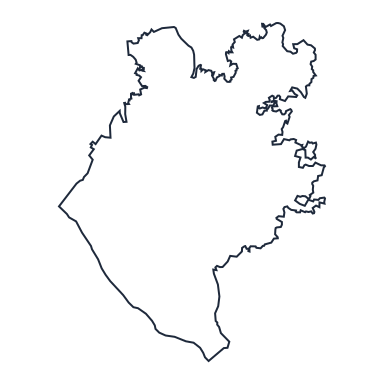 Nawabganj, Rajshahi, Bangladesh
{"feature_id": "16705992B76725860359822", "entity_name": "Nawabganj", "entity_type": "district", "adm_level": 2, "iso_a3": "BGD", "parent_name": "Bangladesh", "parent_adm1": "Rajshahi", "projection": "robinson", "projection_center": [88.409, 24.691], "detail": "fine", "context": "isolated", "style": "outline", "palette": "slate", "viewbox_px": 384, "rotation_deg": 0, "n_neighbors": 0, "source": "geoboundaries", "source_scale": "gbopen_adm2", "svg_char_len": 5873}
<svg xmlns="http://www.w3.org/2000/svg" viewBox="0 0 384 384"><path d="M263.3,23.9L262.1,23.8L262.4,26.6L265.3,27.1L264.5,28.3L266.1,30.0L266.8,32.4L266.0,34.6L263.2,38.0L262.2,38.2L261.3,37.3L260.4,38.0L259.7,36.8L259.2,39.4L257.2,39.8L253.2,36.7L250.6,37.7L250.0,35.4L248.3,36.0L247.4,35.3L248.3,34.0L246.8,33.6L247.8,30.9L245.8,31.6L244.0,30.8L243.7,31.7L244.9,33.2L242.7,35.2L241.9,37.7L239.3,36.0L234.0,39.3L234.8,42.0L232.6,44.5L233.1,47.4L231.5,46.7L231.1,47.3L231.4,50.7L232.3,52.3L230.5,52.3L228.9,51.2L228.6,53.2L227.0,52.1L226.1,52.3L225.9,54.1L227.8,61.0L229.9,60.4L231.2,61.4L230.3,65.4L232.8,63.8L236.2,63.9L237.7,68.3L236.6,68.9L236.5,70.5L235.5,70.8L235.7,72.8L233.5,76.9L231.1,77.5L231.6,79.5L230.2,80.6L230.4,81.6L229.5,81.9L227.2,81.8L224.3,78.7L224.6,76.4L223.9,73.8L222.2,73.9L221.8,75.5L219.4,74.9L219.5,76.1L216.9,77.4L215.5,80.7L214.7,81.0L213.7,80.0L213.9,78.9L212.0,75.5L212.2,74.4L213.3,74.7L214.1,72.3L212.0,72.8L211.3,70.8L208.5,70.1L205.4,72.0L205.7,70.3L203.1,69.3L201.4,71.0L201.2,68.7L200.2,68.7L201.0,65.2L200.4,64.9L198.6,65.8L196.6,69.0L195.7,76.9L193.9,77.9L191.4,77.1L193.3,73.5L194.5,68.1L194.1,54.7L193.2,50.8L191.4,47.5L188.5,45.7L181.2,38.6L178.4,34.6L175.7,28.0L174.0,27.0L162.0,28.2L153.9,31.9L151.5,29.5L150.2,32.2L147.2,35.2L146.2,34.7L146.9,33.7L144.4,32.7L142.7,35.1L141.7,35.2L141.5,38.2L138.2,38.2L138.9,40.3L137.7,43.0L133.5,43.6L131.6,42.2L131.4,41.1L127.4,41.4L128.6,55.0L130.5,54.9L133.2,56.8L135.7,59.7L136.6,62.6L135.8,63.8L140.1,65.3L140.0,67.9L141.8,66.4L142.7,67.8L143.8,67.9L143.8,69.3L143.0,70.2L143.6,70.9L142.3,70.7L142.0,69.8L139.4,70.4L137.8,68.3L135.1,73.2L136.6,73.7L136.6,74.9L139.1,75.5L141.0,77.2L138.6,80.8L142.1,86.1L145.3,85.9L147.2,87.1L146.9,88.1L144.4,87.7L140.2,89.5L141.1,94.4L139.2,95.3L138.7,94.3L134.2,94.8L133.9,92.3L133.9,94.4L132.1,94.3L132.1,93.2L131.0,93.7L131.0,98.3L132.2,98.3L129.1,99.4L129.4,100.2L128.9,100.2L128.2,102.9L128.9,104.0L125.6,104.2L125.1,102.8L124.2,103.0L125.3,106.7L125.2,114.1L126.5,121.8L123.5,122.0L119.8,113.2L119.7,110.9L113.8,116.5L109.9,125.4L110.5,137.7L105.2,137.2L101.5,135.6L95.6,144.1L92.7,141.7L90.5,144.0L92.0,144.9L90.8,147.4L93.8,149.2L89.2,155.4L92.7,159.7L87.6,173.3L84.0,177.0L82.8,179.9L80.1,180.7L76.5,183.6L59.0,206.4L66.9,214.0L69.1,217.4L76.1,221.4L82.0,232.6L91.0,246.0L92.0,249.3L98.1,259.3L101.7,268.4L105.6,274.8L110.2,281.1L123.2,295.1L128.7,302.6L133.4,307.2L138.0,308.2L146.0,313.8L152.1,320.9L154.8,325.4L155.5,328.9L159.2,332.6L165.6,335.5L174.6,336.8L185.9,341.3L193.6,342.7L200.1,347.8L203.2,352.8L205.0,357.3L208.6,361.0L223.8,348.1L227.5,347.8L229.3,341.7L220.9,333.1L219.1,327.0L217.2,324.6L217.3,322.5L215.7,321.0L215.1,313.3L218.2,306.2L219.4,296.5L217.9,284.5L213.9,273.7L213.3,269.6L216.4,270.1L215.4,267.4L217.0,265.9L220.0,267.1L222.6,267.0L227.7,261.5L230.2,255.9L236.7,256.7L241.9,251.5L242.1,247.9L244.4,246.3L245.3,246.1L246.6,248.8L248.7,248.7L248.4,251.1L249.5,251.5L249.4,248.0L250.6,246.3L255.6,246.4L256.4,247.8L260.6,248.3L262.8,245.9L264.1,245.8L264.8,244.4L271.3,242.6L273.9,238.6L277.8,238.3L277.7,237.2L275.1,234.3L275.4,229.4L275.7,228.0L276.9,227.4L280.8,227.0L281.9,224.7L281.9,222.0L276.7,218.9L276.4,217.9L278.6,216.2L283.8,216.7L284.4,212.4L283.4,208.9L284.5,207.1L287.3,206.4L288.3,207.9L291.3,209.9L296.0,210.5L295.7,211.6L296.7,212.3L300.1,212.3L300.7,210.3L305.1,212.2L306.0,211.4L308.5,212.0L311.2,211.4L312.7,213.5L314.0,213.2L314.4,211.9L312.7,208.0L316.0,205.6L319.4,207.2L319.5,202.4L324.5,203.6L324.2,202.1L325.0,198.4L324.3,197.6L319.9,198.2L318.4,199.9L314.1,199.5L313.2,201.4L308.3,199.7L304.8,205.8L299.8,203.9L295.1,200.4L297.5,195.9L300.3,196.8L302.5,196.0L305.4,196.3L308.2,198.6L309.6,198.1L310.5,195.9L309.8,195.0L313.3,192.6L312.8,189.7L313.2,185.8L312.2,183.9L312.3,182.6L313.9,181.3L317.5,180.4L318.1,176.0L321.7,175.2L323.8,167.5L325.0,166.2L324.5,165.4L321.0,165.3L315.4,162.6L312.9,166.0L309.0,166.0L305.7,164.6L304.4,165.2L302.9,167.8L298.9,167.0L298.9,162.4L300.5,157.5L295.1,156.0L296.7,150.6L302.5,149.0L305.3,150.1L305.6,157.6L307.9,157.6L310.9,159.5L313.8,156.9L316.0,158.7L315.0,156.4L315.1,154.9L313.2,152.0L315.5,148.8L316.4,144.6L315.9,142.6L312.7,143.5L311.8,142.4L309.8,142.8L308.1,141.6L306.0,146.6L304.1,148.1L301.7,146.5L302.2,145.0L301.2,145.2L295.4,142.5L296.1,140.0L293.7,139.0L290.5,139.4L289.4,140.3L284.0,139.1L281.0,144.1L272.7,144.7L272.4,141.6L276.0,140.8L275.3,136.8L278.5,134.6L282.2,134.9L282.5,131.9L281.7,129.1L283.1,127.2L285.2,121.0L286.0,120.7L286.6,123.1L287.4,123.6L289.6,116.9L288.9,115.1L291.8,111.4L291.2,109.8L290.3,109.1L286.0,111.1L285.6,113.1L284.1,114.4L282.3,114.3L280.6,111.5L280.8,110.7L279.5,109.7L276.2,111.5L273.2,111.0L272.3,110.3L272.7,109.1L271.9,107.7L272.8,106.4L277.3,106.2L276.4,103.4L276.6,101.2L274.1,100.8L271.7,101.4L271.7,102.0L274.2,101.4L275.2,102.0L273.1,105.6L269.9,105.5L267.9,108.8L266.7,109.3L266.8,110.6L264.4,110.7L262.4,114.4L259.8,114.9L256.9,112.7L257.8,106.4L258.9,106.1L258.7,107.9L259.8,108.5L262.6,107.5L264.8,108.2L266.3,107.3L267.2,105.1L263.9,103.0L265.8,101.9L269.4,101.7L269.7,99.9L268.9,97.8L272.2,95.7L273.7,96.4L273.9,98.7L276.2,97.8L277.6,95.7L279.1,95.6L280.2,96.9L279.9,99.2L285.0,101.0L288.2,96.4L296.2,97.0L297.2,95.4L294.7,93.9L292.3,90.5L290.2,90.9L292.2,87.4L297.3,88.6L300.9,92.2L303.9,97.0L305.3,97.8L306.8,93.7L305.9,86.5L307.4,85.3L309.3,85.3L309.4,84.0L311.4,82.0L311.5,79.1L313.3,77.9L313.6,75.9L315.8,75.5L313.2,72.0L313.2,70.3L311.8,69.1L312.2,66.6L310.6,64.1L311.2,61.6L313.7,61.0L315.6,59.5L315.6,54.8L313.8,52.5L315.0,50.1L314.9,48.5L311.1,45.3L307.5,44.6L303.5,40.2L297.4,44.1L293.2,44.2L294.2,48.3L297.1,49.3L297.0,51.8L296.1,52.9L293.0,53.7L290.5,51.7L287.2,51.2L282.7,46.0L283.1,44.1L282.4,42.5L283.3,37.9L282.5,35.8L285.1,30.1L283.9,26.3L280.3,23.6L278.0,23.0L276.2,23.1L271.0,26.0L270.0,24.5L265.6,27.0L263.3,23.9Z" fill="none" stroke="#1e293b" stroke-width="2"/></svg>